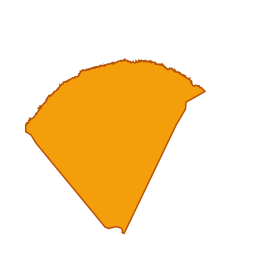 outline of Hambou, Andjazîdja, Comoros, rotated 139°
{"feature_id": "10938185B8813398551192", "entity_name": "Hambou", "entity_type": "district", "adm_level": 2, "iso_a3": "COM", "parent_name": "Comoros", "parent_adm1": "Andjazîdja", "projection": "orthographic", "projection_center": [43.305, -11.814], "detail": "fine", "context": "isolated", "style": "filled", "palette": "amber", "viewbox_px": 256, "rotation_deg": 139, "n_neighbors": 0, "source": "geoboundaries", "source_scale": "gbopen_adm2", "svg_char_len": 5839}
<svg xmlns="http://www.w3.org/2000/svg" viewBox="0 0 256 256"><g transform="rotate(139 128 128)"><path d="M210.3,67.8L209.3,66.7L209.0,66.1L208.9,65.3L208.7,64.9L208.1,64.5L207.1,64.5L205.5,63.2L205.0,63.0L204.1,62.8L203.8,62.6L203.5,62.2L202.9,61.8L201.8,61.5L201.1,60.7L200.6,59.6L199.3,57.7L199.0,57.1L198.9,56.4L199.0,55.0L200.1,53.6L200.5,53.2L200.8,53.2L200.9,52.8L200.9,52.4L200.1,51.0L89.9,98.6L72.3,104.5L67.3,109.4L46.0,105.1L45.7,106.2L46.0,107.0L46.2,108.9L46.1,109.7L46.4,110.3L46.4,110.9L47.3,111.2L47.2,111.9L47.0,112.1L46.9,112.8L46.6,113.2L46.9,113.5L47.6,113.6L48.0,114.1L48.0,114.8L49.1,116.0L49.4,116.1L50.5,116.0L50.9,116.5L51.1,117.9L50.8,119.2L51.2,120.2L51.2,120.6L51.0,120.8L50.2,120.5L50.0,120.8L49.3,121.3L49.3,121.8L49.9,122.2L49.6,122.6L49.6,123.9L50.2,124.7L50.2,125.1L49.4,125.2L49.9,125.4L50.1,125.8L50.6,125.9L50.6,126.7L50.8,127.4L51.5,128.7L51.0,129.0L51.2,129.4L50.9,129.5L51.6,130.0L51.0,130.4L51.8,131.1L51.4,131.3L51.7,131.5L51.5,131.9L52.1,132.5L52.1,133.0L52.7,133.0L52.7,133.4L53.2,134.0L52.4,135.2L52.4,135.3L52.9,135.8L53.4,135.8L53.3,136.2L53.5,136.5L53.1,136.7L53.2,137.5L54.1,137.7L55.1,138.9L54.9,139.3L55.1,139.4L54.7,139.9L55.7,140.0L55.4,140.6L55.2,141.0L54.8,141.4L55.2,141.4L55.8,141.1L56.1,141.7L56.1,141.9L55.5,143.1L56.0,143.4L55.9,144.5L56.8,144.6L57.2,145.3L57.3,145.9L57.7,145.9L58.1,145.4L58.9,145.6L59.4,145.6L59.6,145.8L59.3,146.2L59.7,146.6L59.5,147.1L59.7,147.3L59.7,147.7L60.1,147.9L60.3,148.5L60.3,149.2L59.8,149.4L60.4,149.9L60.4,150.8L60.7,151.1L60.0,151.9L60.6,152.3L60.4,152.7L60.9,152.9L60.6,153.3L61.3,153.7L60.8,154.0L61.5,154.1L61.3,154.4L61.4,154.7L62.1,155.1L62.4,155.4L62.8,154.9L63.0,155.1L62.7,155.7L63.1,156.0L63.3,156.5L63.7,156.6L64.5,157.6L65.1,157.6L65.4,158.0L64.8,158.3L64.6,158.6L65.0,159.1L65.0,159.5L64.6,159.7L65.5,160.3L65.5,160.8L65.9,161.0L65.8,161.3L66.4,161.9L66.8,161.9L66.6,162.9L67.0,162.9L67.0,163.3L67.6,162.8L67.4,163.6L67.8,163.9L67.9,164.3L68.5,164.0L68.6,164.7L69.2,164.8L68.9,165.2L69.1,165.4L70.0,165.4L70.7,166.1L70.9,166.8L70.4,167.2L71.2,167.5L71.3,167.9L72.5,167.5L72.4,168.0L72.4,168.8L72.8,169.2L73.8,169.4L73.8,170.1L73.7,170.4L73.9,170.4L74.3,170.0L74.6,170.3L74.3,170.6L74.8,170.8L75.0,171.2L75.6,170.4L75.7,170.9L75.5,171.5L75.5,171.9L76.2,171.3L76.5,171.6L76.9,171.1L77.4,171.4L78.1,171.6L77.9,173.4L79.3,172.3L79.8,172.3L80.1,172.4L80.5,173.0L80.7,173.6L80.4,174.9L83.0,175.1L82.9,176.0L82.7,176.4L82.7,176.6L83.5,176.5L83.6,177.6L84.0,177.6L84.2,177.8L84.1,178.1L83.9,178.3L84.0,178.8L84.5,178.7L84.3,179.2L84.4,179.8L85.6,180.3L85.9,180.5L86.0,180.8L85.2,181.7L85.2,181.9L85.5,181.9L85.7,182.3L86.2,182.3L86.4,182.0L87.0,181.6L87.4,181.6L87.5,181.9L88.3,182.4L88.9,182.9L88.7,183.5L88.8,183.6L89.4,183.8L89.8,183.4L91.3,184.8L92.0,184.5L93.0,185.2L94.6,185.3L95.1,185.6L95.3,186.0L95.9,186.4L95.9,187.0L96.1,187.0L96.4,186.4L96.6,187.0L97.1,186.5L97.1,187.0L97.6,187.1L97.6,187.8L97.8,187.8L98.0,187.3L98.6,187.9L98.9,187.9L100.0,188.6L100.5,188.6L100.6,189.1L101.0,189.1L101.2,189.4L102.8,190.2L103.4,189.9L103.9,190.1L104.1,189.9L104.4,190.2L104.5,190.9L104.8,190.4L105.1,190.3L105.2,190.8L105.6,190.8L106.6,191.9L106.5,192.3L107.1,192.5L107.4,192.8L107.9,192.7L107.7,193.2L108.0,193.4L108.4,192.9L108.7,192.9L108.9,193.6L109.2,193.6L109.8,193.2L111.4,194.0L111.3,194.3L111.1,194.3L111.0,194.6L111.2,194.8L111.8,194.7L111.8,194.9L112.2,194.9L112.5,195.5L112.8,195.4L112.9,194.9L113.0,194.9L113.2,195.5L113.4,195.5L113.9,195.0L114.1,195.1L114.1,195.7L113.7,196.0L114.0,196.3L114.8,195.8L115.3,196.1L115.3,196.8L115.6,197.1L116.1,196.8L116.6,196.7L116.8,197.2L117.6,197.3L118.3,198.2L118.9,198.2L118.9,197.9L119.3,198.5L119.5,198.5L119.9,198.0L120.4,198.6L120.4,199.1L121.0,199.6L121.3,198.8L122.2,199.1L122.9,199.8L123.3,200.0L123.3,200.8L123.6,200.9L123.8,200.7L124.2,200.9L124.2,201.4L124.7,201.1L125.5,201.2L125.6,201.5L125.9,201.4L126.2,201.5L126.4,202.1L126.7,202.2L127.0,201.4L127.3,201.1L127.9,201.3L128.7,200.7L129.5,201.1L129.9,200.5L130.1,200.5L130.7,199.7L132.0,199.9L132.4,199.8L132.7,199.8L133.6,200.8L134.4,200.9L135.0,201.6L135.3,201.5L135.5,201.1L135.8,201.1L136.2,201.5L136.8,201.6L137.0,202.2L137.7,202.2L138.8,202.5L140.3,202.7L140.7,203.1L141.2,203.1L141.5,202.6L141.9,203.0L141.9,203.3L143.1,203.5L143.4,203.0L143.9,203.0L144.0,203.7L144.6,203.6L144.7,203.9L145.4,204.0L145.4,204.3L145.9,204.3L146.3,204.9L146.9,205.0L147.9,203.8L149.3,204.6L150.2,204.5L150.5,204.2L150.7,204.3L150.8,204.6L150.9,204.1L151.5,204.2L151.7,204.5L151.9,204.0L152.9,203.8L153.7,203.9L154.0,203.9L154.3,203.5L154.7,203.8L154.9,203.2L155.1,203.1L155.4,203.6L156.5,203.6L156.8,203.1L157.3,203.0L159.8,203.9L160.1,203.5L160.6,203.6L161.4,203.4L161.6,203.0L161.9,203.0L162.1,203.4L162.3,203.4L162.5,203.0L163.9,203.2L164.1,203.0L164.3,203.2L164.3,203.5L164.6,203.6L164.7,202.8L165.0,202.8L165.4,203.2L165.9,203.0L165.9,203.5L166.3,203.6L166.4,204.4L167.7,204.0L168.0,203.8L168.7,203.8L169.3,203.5L169.3,203.0L169.5,202.9L169.9,203.1L170.4,202.7L170.6,202.7L170.6,203.2L170.9,203.2L171.2,202.8L171.6,202.6L171.6,202.2L171.9,202.1L172.0,202.3L172.8,202.1L172.8,201.6L173.1,201.5L175.5,201.8L176.0,201.6L176.4,201.7L177.0,201.3L177.9,201.4L178.7,200.9L179.3,200.9L179.8,201.9L179.8,202.4L180.1,202.4L179.9,200.8L180.6,200.3L180.9,200.3L181.2,200.6L181.7,200.8L181.6,201.4L181.8,201.6L182.0,201.1L182.2,201.7L182.7,201.7L182.3,200.4L183.1,200.3L183.2,199.9L184.0,199.9L185.2,199.3L186.2,199.4L186.6,198.9L187.2,198.9L187.6,199.3L188.2,199.3L188.4,198.5L191.4,198.2L192.4,197.8L195.1,198.3L195.4,199.5L195.7,199.8L196.0,199.3L196.2,198.5L196.7,198.3L197.0,198.7L197.3,198.1L197.7,198.2L198.3,198.6L198.4,198.0L200.1,197.3L200.6,197.9L200.8,197.2L201.5,197.2L201.4,198.2L201.6,198.2L202.2,197.3L203.2,197.4L207.6,192.3L205.8,186.4L207.1,178.2L207.4,175.3L210.3,67.8Z" fill="#f59e0b" stroke="#b45309" stroke-width="1.5"/></g></svg>